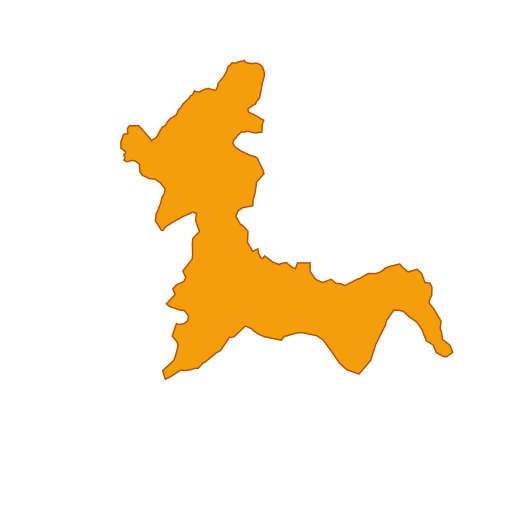 Buruku, Benue, Nigeria (orthographic projection), rotated 151°
{"feature_id": "59680162B99039921741080", "entity_name": "Buruku", "entity_type": "district", "adm_level": 2, "iso_a3": "NGA", "parent_name": "Nigeria", "parent_adm1": "Benue", "projection": "orthographic", "projection_center": [9.166, 7.36], "detail": "fine", "context": "isolated", "style": "filled", "palette": "amber", "viewbox_px": 512, "rotation_deg": 151, "n_neighbors": 0, "source": "geoboundaries", "source_scale": "gbopen_adm2", "svg_char_len": 4026}
<svg xmlns="http://www.w3.org/2000/svg" viewBox="0 0 512 512"><g transform="rotate(151 256 256)"><path d="M325.1,404.0L323.3,401.0L318.4,399.8L315.6,397.8L313.5,392.8L316.9,385.6L316.0,381.3L311.7,375.5L306.9,372.0L304.0,365.8L302.9,358.5L306.3,354.8L309.9,352.8L314.1,348.1L323.2,340.8L326.9,335.6L326.3,324.4L324.6,323.4L322.9,324.6L320.2,325.6L315.9,325.6L314.3,325.9L301.4,326.0L290.2,325.0L288.0,323.0L287.5,321.9L291.6,316.4L293.5,304.9L302.7,301.9L305.3,298.3L311.1,287.4L313.3,284.3L323.9,279.7L325.4,279.3L327.4,278.0L327.8,271.3L331.3,268.7L338.1,269.3L341.0,268.9L344.8,267.5L345.0,261.7L357.6,257.6L356.1,253.8L349.5,246.4L345.1,242.9L344.1,236.2L347.3,232.4L351.7,231.7L356.6,233.4L358.4,235.4L368.1,226.6L367.4,223.1L366.8,219.2L367.4,215.5L375.1,207.3L378.4,204.6L393.2,201.0L395.0,192.2L390.6,191.9L382.0,192.4L377.1,192.6L373.4,190.2L368.3,188.2L364.3,187.5L361.0,185.8L354.0,188.2L351.0,188.0L347.9,188.6L338.2,190.5L332.8,190.5L318.8,197.7L314.4,196.0L299.2,200.0L294.7,193.7L294.8,192.5L292.2,187.3L288.1,181.6L274.6,170.0L270.5,171.9L258.4,169.1L256.4,168.4L252.1,166.1L241.3,156.6L238.0,149.9L236.4,137.5L234.9,121.8L231.8,112.7L223.2,102.8L212.1,106.9L206.4,109.1L193.8,120.9L176.3,132.8L173.8,135.9L161.7,141.9L157.5,139.3L153.9,136.2L151.7,128.9L147.6,120.9L147.0,117.7L146.6,110.6L147.3,105.9L148.1,99.2L144.1,92.1L145.2,84.0L140.8,77.3L138.3,75.5L130.7,76.3L129.6,83.7L133.4,92.9L131.0,98.4L130.1,103.3L126.6,108.0L126.3,108.2L125.8,108.9L126.1,123.4L126.7,126.7L127.3,131.0L125.7,133.3L121.3,136.5L117.3,143.3L117.0,147.9L121.1,150.8L119.6,160.4L121.5,166.3L130.6,168.2L133.3,174.9L134.1,179.3L144.6,182.2L148.7,182.7L154.1,181.7L159.6,182.4L166.3,186.3L175.3,186.2L176.4,185.7L177.6,186.6L192.5,187.0L195.5,190.8L199.5,193.5L201.3,198.6L201.8,199.2L210.4,200.4L214.3,205.4L215.5,207.9L216.0,216.3L212.2,223.7L212.1,223.8L223.1,229.8L227.6,225.8L230.0,228.4L232.6,235.5L238.6,237.5L239.7,237.0L244.0,242.1L248.4,251.8L251.4,250.4L252.6,251.4L252.5,257.0L250.9,261.3L256.7,261.6L256.8,272.0L251.2,281.3L252.0,285.9L253.3,290.0L254.3,290.7L254.3,300.5L250.0,304.1L244.3,304.8L234.4,301.4L231.3,306.7L229.6,308.2L227.1,310.6L221.9,317.2L219.8,320.3L209.2,324.1L208.2,327.6L207.5,341.1L208.3,342.9L213.0,347.6L215.6,351.5L218.6,355.5L221.4,361.5L221.7,366.2L218.1,368.6L215.8,369.2L214.9,369.8L212.9,370.6L211.1,370.9L209.0,371.7L206.4,370.2L203.3,369.3L201.3,368.0L200.0,366.4L197.2,364.2L195.5,363.4L193.0,362.5L190.9,361.4L186.7,368.1L183.4,371.0L185.4,373.8L186.9,376.9L188.0,378.5L190.3,382.1L192.5,384.8L192.5,386.9L191.5,388.7L188.6,388.9L185.7,389.5L182.9,389.2L180.7,390.8L176.4,392.4L174.6,394.8L171.4,398.1L169.6,400.5L166.8,404.0L163.5,407.3L161.1,409.7L159.6,413.0L158.6,418.3L159.8,421.3L160.4,422.6L161.9,424.2L162.8,424.8L165.5,425.8L169.3,428.4L171.3,430.6L171.4,432.8L172.8,432.8L175.1,433.7L177.0,434.4L178.1,434.2L179.4,434.4L181.4,435.2L183.1,436.5L183.6,436.5L184.7,436.1L185.9,435.4L187.5,435.5L189.3,434.6L190.4,433.6L191.8,432.1L193.2,431.1L195.9,429.4L198.2,428.2L200.4,427.4L202.6,426.5L203.9,425.8L205.3,425.4L206.4,424.1L209.2,421.4L210.3,420.8L211.2,420.7L211.8,421.1L213.3,422.3L214.2,423.5L215.3,424.4L216.1,425.6L216.7,425.9L218.2,426.0L219.6,426.7L222.4,426.8L224.3,426.9L225.3,426.8L226.4,427.1L227.9,428.1L228.9,429.0L229.7,430.3L232.7,428.2L234.2,427.7L235.3,427.9L237.8,426.5L242.5,425.3L246.4,424.3L249.0,422.6L250.2,422.0L252.3,421.7L253.7,420.7L257.3,418.0L258.6,418.0L260.0,417.8L261.5,417.8L263.2,417.8L265.1,417.5L265.9,417.1L268.4,416.3L270.5,414.9L271.0,414.5L272.4,414.1L273.2,414.1L273.6,413.9L274.3,414.0L275.1,414.3L280.2,411.4L283.8,409.1L285.8,408.0L287.0,407.7L288.9,407.9L289.7,407.8L291.4,407.3L291.7,407.3L291.4,408.8L295.4,427.0L302.1,430.4L303.3,431.4L306.8,429.7L308.8,425.3L312.9,426.6L315.7,423.9L319.2,421.1L320.5,418.1L321.9,415.8L320.7,413.7L320.7,412.8L319.6,410.6L319.8,409.9L320.5,409.0L321.5,409.1L322.1,408.9L323.0,407.9L322.5,406.6L322.6,405.5L324.2,404.4L325.1,404.0Z" fill="#f59e0b" stroke="#b45309" stroke-width="1.5"/></g></svg>